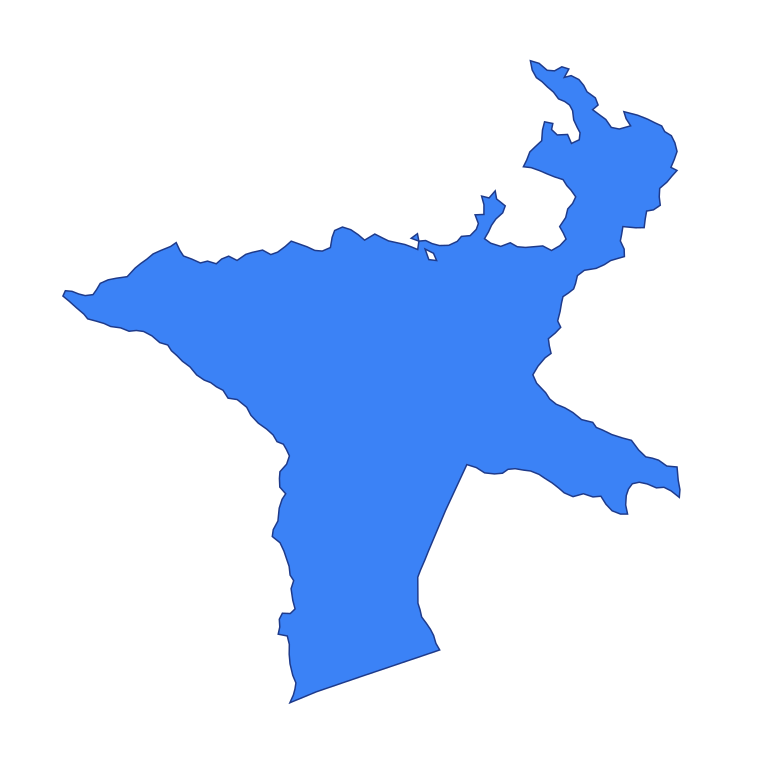 the district of Ituporanga, Santa Catarina, Brazil, rotated 265°
{"feature_id": "56859067B65605113855989", "entity_name": "Ituporanga", "entity_type": "district", "adm_level": 2, "iso_a3": "BRA", "parent_name": "Brazil", "parent_adm1": "Santa Catarina", "projection": "mercator", "projection_center": [-49.512, -27.444], "detail": "fine", "context": "isolated", "style": "filled", "palette": "blue", "viewbox_px": 768, "rotation_deg": 265, "n_neighbors": 0, "source": "geoboundaries", "source_scale": "gbopen_adm2", "svg_char_len": 4213}
<svg xmlns="http://www.w3.org/2000/svg" viewBox="0 0 768 768"><g transform="rotate(265 384 384)"><path d="M74.7,262.5L83.3,289.9L94.3,334.4L106.2,383.4L114.2,416.3L121.1,413.1L129.2,411.5L135.5,408.9L141.8,405.4L148.6,401.2L156.0,400.2L162.7,398.7L188.6,400.8L195.4,404.1L205.0,409.3L214.1,413.9L252.7,434.3L296.5,459.5L292.7,468.7L286.7,476.5L284.8,486.2L284.8,494.3L288.2,500.1L288.2,507.3L286.0,515.8L284.6,522.4L280.5,530.5L276.2,535.8L270.8,542.9L264.9,549.2L259.9,554.0L255.3,562.5L257.3,573.1L253.3,582.3L253.3,590.3L244.9,594.6L237.8,600.2L233.8,608.3L233.2,615.3L242.4,614.2L251.7,615.6L258.1,618.4L263.0,622.7L263.9,629.7L261.5,637.5L256.8,646.3L256.7,653.9L252.5,660.7L245.3,668.3L253.0,669.6L262.4,668.7L275.8,668.7L277.6,658.6L284.2,650.9L286.7,644.9L288.6,638.4L296.1,631.9L306.3,625.6L309.5,616.7L313.8,606.5L319.1,597.7L322.2,591.7L327.6,588.6L331.3,577.7L339.1,569.7L344.5,562.1L348.8,553.8L354.7,547.7L361.2,544.3L366.2,540.3L371.5,536.1L380.2,533.1L388.4,539.0L396.1,546.8L399.9,553.1L407.6,552.0L414.8,551.7L419.9,559.1L425.1,565.0L431.7,562.5L440.8,565.7L449.2,567.9L455.4,569.9L458.5,575.5L462.2,581.2L467.5,583.6L475.1,586.1L479.8,593.5L480.7,605.4L483.7,613.9L487.2,620.5L488.8,628.3L490.0,634.6L497.5,635.0L505.9,631.9L512.1,633.7L520.0,635.7L517.7,648.3L517.1,656.8L525.6,658.6L533.4,660.7L534.0,667.6L538.0,674.8L546.4,674.5L554.9,675.7L560.5,683.5L565.8,688.7L571.2,694.5L574.8,688.7L582.3,692.7L590.1,696.2L598.9,694.8L606.3,691.9L611.0,685.6L616.9,683.1L620.6,676.6L624.8,669.8L629.7,660.0L634.4,646.7L627.2,648.3L619.7,652.2L617.5,640.6L619.8,632.8L628.2,628.0L633.1,622.4L639.1,615.7L643.3,621.6L650.6,619.5L657.4,611.7L664.0,609.0L670.3,604.7L674.9,597.3L673.7,590.3L681.7,595.6L684.5,588.8L681.1,581.2L682.3,573.9L689.9,566.5L693.3,558.0L683.9,559.0L675.9,562.5L671.5,567.7L665.6,572.8L660.0,578.3L652.8,582.7L649.7,588.6L645.7,593.2L639.9,595.7L630.6,596.0L622.9,598.8L617.2,601.2L610.3,599.8L607.3,591.7L616.6,588.6L617.0,578.3L622.9,573.1L628.8,574.9L631.2,566.8L623.2,564.0L612.6,562.3L607.0,555.1L602.5,549.5L594.7,545.7L588.3,541.8L586.7,549.5L583.0,557.6L579.2,564.6L575.4,572.1L572.0,580.2L565.7,583.4L560.8,587.2L553.7,591.3L547.4,587.6L542.4,582.3L534.0,579.5L525.5,572.7L518.7,575.8L512.5,578.0L506.5,571.3L502.4,562.5L507.7,554.2L507.7,545.3L507.7,536.9L509.1,528.8L513.7,522.1L510.9,512.3L515.0,502.5L520.0,496.8L526.5,501.4L532.7,504.9L538.6,509.8L544.2,517.2L550.9,520.3L558.5,512.3L566.7,511.6L560.2,504.9L562.7,497.6L553.9,499.2L544.2,498.3L544.6,489.5L535.6,492.0L530.0,489.4L524.3,482.8L524.3,474.0L519.7,469.4L516.5,460.6L517.1,451.2L519.7,444.1L523.3,438.0L523.3,431.2L515.0,429.3L518.1,423.4L521.1,417.1L524.0,407.9L526.2,400.9L529.4,395.6L534.2,387.9L529.0,377.2L535.0,371.3L540.6,364.4L544.0,356.3L541.2,348.2L534.6,345.1L524.6,342.5L521.8,334.1L523.1,326.7L527.4,319.3L531.2,311.0L534.4,304.0L529.6,297.6L524.6,289.5L522.8,282.5L528.0,274.7L526.6,264.2L525.2,257.6L519.9,248.4L524.9,240.4L522.7,233.2L518.4,227.4L521.8,218.9L520.6,211.6L525.2,203.4L529.0,195.4L535.0,192.2L543.0,189.3L539.6,183.4L536.5,173.3L533.7,165.3L529.0,158.6L525.2,152.1L521.2,146.2L513.3,137.5L512.7,126.5L511.8,118.2L509.0,110.1L503.1,105.9L498.4,101.9L498.1,94.0L500.3,87.7L503.5,81.3L504.7,74.7L499.6,71.8L493.8,77.7L486.6,84.4L479.8,91.1L474.7,94.5L471.7,102.8L468.7,110.4L465.1,116.7L462.9,126.5L458.8,134.6L458.9,142.0L457.3,149.1L452.2,157.0L444.8,164.2L441.7,172.0L435.7,175.1L429.9,180.6L424.2,185.2L418.0,192.2L409.3,198.2L403.6,205.2L400.5,211.5L395.8,216.8L391.8,223.1L383.5,227.4L381.3,236.4L372.8,245.2L364.4,248.7L355.9,255.4L349.3,263.2L342.9,269.1L335.9,272.4L332.8,278.5L327.2,281.1L320.6,283.5L312.6,280.0L305.7,272.7L299.1,271.6L290.4,271.2L283.2,276.5L278.0,272.4L269.5,268.8L256.8,266.4L248.6,261.0L241.8,259.4L234.9,266.6L226.2,269.8L218.7,271.6L210.6,273.6L201.8,273.8L196.0,276.9L188.2,273.6L176.3,274.3L167.7,275.8L163.5,270.6L164.5,262.8L158.8,259.2L151.0,259.0L144.0,256.8L141.4,265.7L132.9,267.0L123.0,266.0L113.4,266.0L101.8,267.7L93.9,270.2L87.8,268.7L82.1,266.6L74.7,262.5ZM509.9,444.7L502.4,447.2L504.0,439.5L514.9,436.7L509.9,444.7ZM523.3,431.2L530.8,430.4L526.8,423.8L523.3,431.2Z" fill="#3b82f6" stroke="#1e3a8a" stroke-width="1.5"/></g></svg>